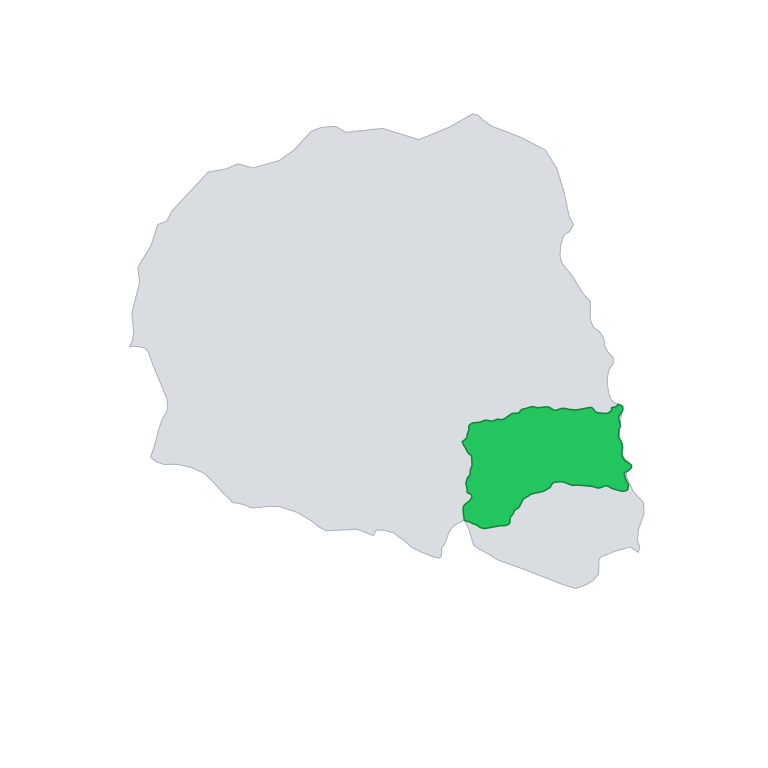 Salto on a map of Uruguay (Robinson projection), rotated 157°
{"feature_id": "URY-10", "entity_name": "Salto", "entity_type": "Department", "adm_level": 1, "iso_a3": "URY", "parent_name": "Uruguay", "parent_adm1": "", "projection": "robinson", "projection_center": [-57.006, -31.312], "detail": "fine", "context": "in_parent", "style": "filled", "palette": "green", "viewbox_px": 768, "rotation_deg": 157, "n_neighbors": 0, "source": "natural_earth", "source_scale": "10m", "svg_char_len": 5021}
<svg xmlns="http://www.w3.org/2000/svg" viewBox="0 0 768 768"><g transform="rotate(157 384 384)"><path d="M603.6,517.8L599.1,521.8L594.2,529.5L588.3,547.9L569.1,573.2L565.1,587.5L544.4,602.4L529.9,619.2L520.4,618.8L511.9,626.0L462.9,647.8L445.4,643.7L432.4,643.8L420.3,634.1L392.8,630.7L375.5,634.5L352.3,645.1L345.3,644.9L340.3,644.4L327.8,640.0L320.9,630.6L285.3,619.8L256.5,595.3L222.5,594.9L196.5,598.1L192.5,594.8L189.8,588.6L184.4,579.5L161.9,557.9L144.2,536.4L140.7,515.3L143.0,492.3L148.2,465.1L147.2,456.7L153.8,451.8L160.2,450.8L166.4,443.8L172.0,433.2L172.9,425.1L168.5,410.2L165.4,389.4L161.8,379.1L168.9,362.7L169.2,354.7L165.1,347.7L163.9,340.5L165.8,333.2L165.4,326.1L162.7,319.3L164.7,313.6L171.3,309.2L176.2,302.3L179.4,293.1L181.0,286.1L181.1,281.3L179.1,276.7L175.0,272.4L176.9,263.8L184.7,251.0L189.7,239.7L192.0,229.7L191.8,221.7L189.2,215.6L190.3,211.5L195.1,209.3L197.2,202.9L196.5,186.9L191.4,173.7L195.2,163.2L206.2,151.1L211.9,141.4L212.3,133.9L215.7,129.7L221.0,137.7L236.6,139.8L252.2,140.1L254.8,138.1L260.9,124.9L269.0,121.2L277.9,120.2L287.6,120.9L297.8,129.6L326.9,158.0L348.2,177.8L354.7,187.1L360.3,194.1L364.5,200.6L362.6,217.5L362.9,224.9L363.9,227.0L368.7,227.2L376.0,226.0L382.1,222.4L386.8,216.9L391.5,212.5L395.3,210.1L396.6,206.6L398.8,202.9L401.0,202.1L405.3,204.8L415.2,214.5L422.8,223.4L424.7,228.5L427.6,233.8L430.8,238.5L433.0,243.0L440.4,248.9L448.0,252.6L453.1,248.8L465.9,261.1L494.3,271.3L499.5,277.5L504.3,286.4L514.1,299.7L527.7,311.7L538.7,316.8L549.3,319.7L555.2,322.3L559.2,327.0L565.7,331.9L569.7,333.8L571.1,338.2L575.2,347.9L579.4,360.2L584.0,371.6L594.2,382.5L605.8,391.0L617.8,395.8L624.5,401.8L627.3,408.0L619.1,417.2L610.2,428.8L602.3,437.9L594.2,444.2L591.5,448.6L589.6,455.4L589.3,491.4L588.5,504.8L589.1,508.3L590.2,510.7L595.2,514.3L601.2,517.3L603.6,517.8Z" fill="#d9dde1" stroke="#a8b0b8" stroke-width="1"/><path d="M196.4,208.7L197.6,208.3L198.1,206.6L198.6,204.0L198.7,202.8L198.6,198.3L198.3,195.6L200.5,192.2L200.9,191.8L201.6,191.3L202.5,191.3L205.0,191.6L206.0,191.9L207.3,192.7L213.3,197.3L214.9,198.7L215.6,199.5L217.1,201.7L217.5,202.2L218.2,202.7L219.3,203.4L220.1,203.7L220.9,203.9L224.2,203.9L226.1,204.1L227.1,204.4L227.8,204.7L229.3,205.9L229.9,206.5L232.9,208.7L245.2,215.3L249.6,216.8L250.3,217.2L251.7,218.4L256.0,222.7L257.7,224.0L259.9,225.2L265.5,226.9L266.4,226.9L267.0,226.8L267.6,226.7L268.1,226.5L270.6,224.5L271.4,224.0L272.0,223.8L278.1,223.0L280.3,223.1L290.8,225.1L292.1,225.1L294.3,224.5L298.7,224.1L299.9,223.8L300.9,223.4L301.7,222.9L307.1,218.3L308.0,217.8L309.1,217.4L312.1,217.0L313.2,216.6L313.7,216.4L314.1,216.0L315.4,214.3L315.8,214.0L316.7,213.4L318.8,212.6L319.2,212.3L320.0,211.6L320.3,211.2L320.9,210.2L321.6,208.6L322.1,207.6L322.4,207.1L322.8,206.7L323.4,206.4L324.4,206.2L326.0,206.0L326.9,206.1L327.7,206.3L332.8,208.2L347.5,211.5L348.1,211.8L349.6,212.7L351.5,214.4L352.1,215.2L353.5,217.5L354.6,218.8L356.9,220.8L357.6,221.6L358.5,222.9L359.2,223.7L362.7,226.4L362.8,226.5L363.3,227.3L360.9,235.9L360.3,237.5L359.1,239.7L358.2,240.7L357.0,241.4L350.6,243.3L349.4,243.9L348.1,244.8L347.4,245.7L347.0,246.4L346.9,247.0L346.9,247.7L347.1,248.4L347.5,248.9L348.9,250.5L349.7,251.6L349.1,253.7L348.3,255.5L347.6,259.7L347.3,260.8L347.0,261.5L346.5,261.8L345.4,263.0L344.5,264.3L343.9,264.9L343.3,265.4L342.9,265.7L341.1,266.3L340.5,266.7L340.0,267.4L338.4,270.7L338.0,271.4L335.0,274.3L334.6,275.1L331.8,282.7L331.6,283.8L331.7,284.3L332.0,284.8L332.6,285.7L333.1,286.6L333.5,287.7L333.7,288.9L334.0,293.6L334.2,294.8L334.5,295.9L334.7,297.4L334.5,300.4L329.6,301.7L328.3,302.7L328.1,303.3L327.6,304.3L326.8,305.4L324.0,308.4L323.4,309.2L323.1,310.5L322.9,311.0L322.5,311.9L322.0,312.4L321.5,312.8L320.3,313.2L318.8,313.5L317.8,313.5L317.2,313.4L310.7,311.4L305.9,311.3L305.3,311.2L304.1,310.8L299.5,307.8L298.7,307.6L297.7,307.4L293.9,307.4L293.2,307.3L292.7,307.0L290.9,305.8L290.2,305.5L289.3,305.2L287.8,305.0L286.7,305.0L278.7,306.7L277.7,306.8L275.8,306.3L271.7,304.7L271.0,304.8L270.4,305.0L270.0,305.3L269.5,305.7L268.8,306.1L267.5,306.6L266.6,306.7L265.8,306.7L264.6,306.3L256.8,305.4L255.8,305.1L252.4,302.4L251.4,301.9L244.1,299.8L242.0,298.8L240.7,297.7L240.1,296.9L238.0,293.8L237.6,293.3L236.7,292.9L235.0,292.5L232.4,292.4L230.1,292.1L227.9,291.3L226.9,290.7L223.8,288.5L217.3,285.0L203.7,282.0L203.0,281.8L202.6,281.5L202.1,281.2L201.8,280.7L201.5,280.3L201.3,279.8L200.2,275.9L199.9,275.4L199.6,275.0L198.8,274.3L192.7,270.8L190.2,269.9L189.3,269.7L188.6,269.7L185.2,270.6L184.7,270.9L184.4,271.3L184.3,271.9L184.2,272.9L184.2,273.0L183.6,273.1L182.6,273.2L181.0,272.7L179.6,272.6L178.2,272.9L176.7,273.7L176.4,273.9L175.3,273.0L173.0,270.2L174.2,266.9L175.9,265.4L179.4,263.2L180.8,262.0L181.7,259.9L182.2,254.9L183.0,252.7L183.6,252.0L185.2,250.8L185.8,250.0L187.7,245.9L188.6,244.7L188.6,241.8L188.0,237.0L189.2,232.2L191.5,228.5L193.2,224.8L192.4,219.7L188.5,213.9L187.9,212.6L188.6,210.7L190.4,209.5L194.3,208.4L196.4,208.7Z" fill="#22c55e" stroke="#15803d" stroke-width="1.5"/></g></svg>